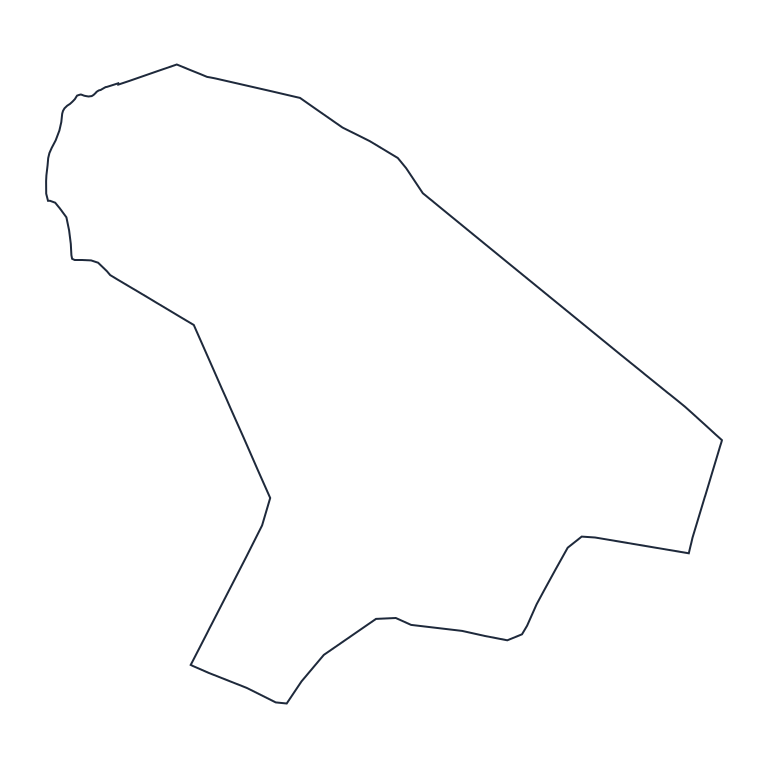 Al Butanah, Gedarif, Sudan (Equal Earth projection)
{"feature_id": "16777658B92441932102927", "entity_name": "Al Butanah", "entity_type": "district", "adm_level": 2, "iso_a3": "SDN", "parent_name": "Sudan", "parent_adm1": "Gedarif", "projection": "equal_earth", "projection_center": [34.366, 15.004], "detail": "fine", "context": "isolated", "style": "outline", "palette": "slate", "viewbox_px": 768, "rotation_deg": 0, "n_neighbors": 0, "source": "geoboundaries", "source_scale": "gbopen_adm2", "svg_char_len": 2283}
<svg xmlns="http://www.w3.org/2000/svg" viewBox="0 0 768 768"><path d="M300.0,97.9L296.0,97.0L272.5,91.5L232.7,82.4L222.2,80.0L216.1,78.6L213.7,78.1L210.1,77.4L207.1,76.9L200.4,74.1L189.7,69.8L176.8,64.5L157.3,71.2L129.1,81.0L118.3,84.6L118.2,83.3L111.0,85.6L106.9,86.9L105.6,87.1L102.1,89.1L100.6,90.0L99.1,90.3L98.0,90.9L96.5,91.9L95.8,92.8L93.6,94.9L91.7,96.1L89.9,96.3L88.6,96.5L86.7,96.2L84.6,95.8L83.6,95.5L82.4,95.0L80.9,94.5L79.5,94.8L77.1,95.6L76.3,96.8L74.9,99.1L73.2,100.9L72.2,101.9L70.0,103.9L67.2,105.7L64.5,108.3L63.0,110.9L62.2,113.7L61.3,122.1L59.4,130.5L55.7,140.3L51.7,147.9L49.4,153.1L48.2,158.1L47.6,165.1L46.4,175.4L46.1,181.1L46.2,193.7L48.0,200.8L50.0,200.8L55.2,202.7L58.2,206.4L58.7,207.0L59.1,207.5L59.4,207.8L59.6,208.1L60.0,208.6L60.4,209.2L60.6,209.4L60.8,209.7L61.0,209.9L61.2,210.2L61.5,210.6L62.2,211.6L63.6,213.5L66.4,217.3L69.1,230.4L70.8,243.9L71.4,255.2L72.1,258.8L74.7,260.0L82.1,260.0L91.1,260.4L96.2,262.1L98.1,262.7L106.9,271.2L110.2,275.1L117.8,279.7L128.6,286.1L147.5,297.3L156.1,302.5L179.2,316.3L193.8,325.0L196.3,330.7L200.2,339.5L210.7,363.3L214.8,372.6L222.0,389.0L225.7,397.2L230.5,408.2L235.4,419.2L243.4,437.1L257.6,469.6L270.2,498.0L262.1,525.4L246.4,556.6L214.1,619.4L211.8,623.9L209.5,628.3L207.1,633.1L203.3,640.5L199.5,647.9L196.4,653.9L192.5,661.5L190.7,664.9L192.9,666.0L208.7,672.9L246.7,687.9L275.7,702.4L286.7,703.5L301.5,681.4L323.8,654.9L376.0,618.9L395.8,618.0L411.1,624.9L462.1,630.9L485.0,636.0L507.3,640.3L522.0,634.3L527.1,625.7L536.6,604.3L544.2,590.2L555.7,569.2L567.7,547.7L581.7,536.6L595.1,537.5L688.8,553.3L690.4,546.5L691.3,542.9L692.5,537.7L694.2,532.1L701.9,506.6L705.0,496.3L705.1,496.2L708.9,483.6L711.8,473.9L717.5,455.0L718.1,453.0L720.1,446.3L721.1,443.2L721.2,442.9L721.6,441.5L721.6,441.4L721.9,440.5L721.9,440.1L721.7,439.9L721.0,439.3L715.4,434.3L708.1,427.6L700.7,420.9L695.2,415.9L685.3,407.0L680.3,402.9L673.0,397.0L669.9,394.5L667.8,392.9L644.2,373.8L643.4,373.1L620.6,354.7L578.7,320.5L511.5,265.7L473.9,235.0L450.3,215.7L444.8,211.2L433.7,202.1L433.0,201.5L432.8,201.3L429.4,198.6L425.4,195.3L424.0,194.2L423.8,194.0L423.5,193.8L422.8,193.2L406.1,168.1L397.8,158.0L370.2,141.4L369.9,141.2L343.2,127.9L342.0,127.2L316.0,109.1L300.0,97.9Z" fill="none" stroke="#1e293b" stroke-width="2"/></svg>